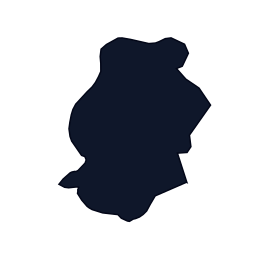 an SVG outline of Flevoland, rotated 158°
{"feature_id": "NLD-902", "entity_name": "Flevoland", "entity_type": "Province", "adm_level": 1, "iso_a3": "NLD", "parent_name": "Netherlands", "parent_adm1": "", "projection": "albers", "projection_center": [5.642, 52.551], "detail": "fine", "context": "isolated", "style": "filled", "palette": "ink", "viewbox_px": 256, "rotation_deg": 158, "n_neighbors": 0, "source": "natural_earth", "source_scale": "10m", "svg_char_len": 1076}
<svg xmlns="http://www.w3.org/2000/svg" viewBox="0 0 256 256"><g transform="rotate(158 128 128)"><path d="M161.6,40.9L163.4,42.0L168.0,46.9L169.8,51.5L183.3,58.8L191.8,65.8L194.0,68.6L195.3,70.8L197.9,78.5L199.3,86.3L198.3,87.9L197.6,89.7L196.3,90.9L195.9,91.5L196.4,91.9L198.0,92.7L205.4,94.8L209.0,96.8L213.1,101.7L207.2,105.0L198.4,108.1L196.6,108.2L193.6,107.7L192.6,107.1L190.2,107.3L180.8,111.6L180.7,111.8L178.7,114.1L178.7,117.7L181.3,120.0L185.1,136.9L185.1,137.0L184.9,141.9L183.0,149.4L179.8,155.0L175.6,161.5L172.1,165.8L167.5,169.7L160.5,173.0L152.3,176.9L145.9,179.5L141.0,182.5L136.0,186.7L132.0,190.6L129.0,198.2L127.0,204.7L123.4,211.2L116.7,213.5L103.5,215.1L100.4,213.9L99.9,213.8L92.5,209.2L77.1,198.5L70.8,196.5L66.9,196.4L60.0,196.9L54.3,195.4L44.2,184.5L44.0,174.7L54.5,165.0L60.8,165.0L56.1,151.7L47.2,138.4L42.9,118.3L73.7,98.4L76.7,87.1L82.4,83.2L91.6,86.2L93.8,55.8L93.8,55.5L94.1,55.8L128.2,54.9L135.9,49.0L141.8,44.1L146.3,42.2L150.7,41.2L154.9,41.2L157.4,41.6L157.9,41.5L161.6,40.9Z" fill="#0f172a" stroke="#020617" stroke-width="1.5"/></g></svg>